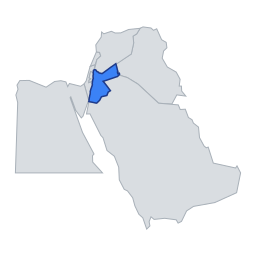 Jordan highlighted, Equal Earth projection
{"feature_id": "JOR", "entity_name": "Jordan", "entity_type": "country or territory", "adm_level": 0, "iso_a3": "JOR", "parent_name": "Asia", "parent_adm1": "", "projection": "equal_earth", "projection_center": [36.712, 31.281], "detail": "fine", "context": "with_neighbors", "style": "filled", "palette": "blue", "viewbox_px": 256, "rotation_deg": 0, "n_neighbors": 7, "source": "natural_earth", "source_scale": "50m", "svg_char_len": 3298}
<svg xmlns="http://www.w3.org/2000/svg" viewBox="0 0 256 256"><path d="M95.2,64.6L93.2,72.8L90.6,71.5L89.1,77.8L90.9,78.8L89.1,80.1L88.8,82.6L92.1,81.3L92.3,85.0L88.6,100.2L84.1,83.9L86.2,80.8L90.1,66.4L95.2,64.6Z" fill="#d9dde1" stroke="#a8b0b8" stroke-width="1"/><path d="M95.2,64.6L90.3,66.3L96.4,51.9L99.6,52.4L100.7,56.0L96.9,59.5L95.2,64.6Z" fill="#d9dde1" stroke="#a8b0b8" stroke-width="1"/><path d="M92.1,81.3L88.8,82.6L89.1,80.1L90.9,78.8L89.1,77.8L90.6,71.5L93.2,72.8L92.1,81.3Z" fill="#d9dde1" stroke="#a8b0b8" stroke-width="1"/><path d="M118.9,75.0L116.0,63.7L131.3,54.0L133.7,42.9L133.0,36.2L136.7,33.9L140.1,28.3L143.0,26.9L151.0,28.0L153.5,30.3L156.7,28.8L161.6,39.7L166.2,42.4L166.9,47.8L163.6,51.0L162.2,58.2L167.3,67.0L176.2,72.1L180.1,79.3L179.2,86.1L181.4,86.1L181.7,91.1L185.8,96.1L176.8,94.9L171.9,104.0L158.6,103.2L138.1,84.2L127.4,77.6L118.9,75.0Z" fill="#d9dde1" stroke="#a8b0b8" stroke-width="1"/><path d="M94.4,69.9L96.9,59.5L100.7,56.0L99.6,52.4L96.4,51.9L95.8,44.9L101.2,37.1L101.6,32.0L103.8,33.8L111.4,31.3L115.1,33.0L120.7,32.9L128.6,29.5L140.1,28.3L136.7,33.9L133.0,36.2L133.7,42.9L131.3,54.0L102.3,73.6L94.4,69.9Z" fill="#d9dde1" stroke="#a8b0b8" stroke-width="1"/><path d="M88.9,101.5L96.8,103.1L101.6,96.7L107.0,95.4L108.2,92.2L110.5,90.6L103.4,81.2L118.9,75.0L127.4,77.6L138.1,84.2L158.6,103.2L178.3,104.9L180.2,109.5L185.3,109.2L188.4,117.5L192.0,119.7L193.4,123.1L198.5,127.1L199.5,137.6L204.0,145.9L206.2,147.8L208.2,147.1L213.3,163.1L235.6,168.0L237.0,165.9L240.6,172.9L236.6,192.7L214.7,202.6L193.5,206.4L186.6,210.9L181.5,221.4L178.1,223.1L176.2,219.8L164.7,218.3L154.1,219.4L151.0,216.8L149.1,221.7L149.9,225.9L146.7,229.1L142.8,217.8L138.9,214.3L134.9,205.9L132.7,197.8L127.5,190.9L124.2,189.3L119.3,179.9L118.7,167.2L114.4,156.3L107.0,150.5L103.0,137.7L100.9,135.5L90.0,113.9L86.5,114.0L88.9,101.5Z" fill="#d9dde1" stroke="#a8b0b8" stroke-width="1"/><path d="M102.5,172.9L15.4,172.9L17.7,102.7L15.9,95.0L18.0,89.2L17.0,85.1L19.8,80.6L29.2,80.4L46.1,87.2L54.6,81.5L60.9,80.7L65.9,81.9L67.7,86.6L69.4,83.5L80.6,86.3L84.1,83.9L88.6,100.2L83.0,116.2L81.3,117.9L75.8,110.5L70.8,96.8L70.1,97.7L82.5,132.4L94.0,154.0L92.5,155.7L92.7,162.1L102.5,172.9Z" fill="#d9dde1" stroke="#a8b0b8" stroke-width="1"/><path d="M94.9,69.7L95.7,69.9L96.1,70.3L96.8,71.5L97.9,71.9L98.4,72.3L99.0,72.9L99.8,73.2L102.1,73.6L104.1,72.2L105.7,71.0L107.5,69.7L108.7,68.8L110.8,67.2L112.2,66.3L114.0,65.0L115.8,63.7L116.4,65.8L116.9,67.8L117.4,69.9L117.9,71.9L117.4,72.1L117.8,73.7L118.5,73.4L119.3,73.2L119.6,74.3L118.6,75.4L117.5,76.5L117.3,76.6L115.9,77.0L113.1,78.0L111.3,78.6L108.9,79.4L106.9,80.1L105.0,80.7L103.1,81.3L104.2,82.6L105.8,84.6L106.8,85.9L108.1,87.6L109.2,89.1L110.4,90.7L109.6,91.2L108.2,92.1L108.1,92.3L108.0,92.5L107.4,94.1L106.9,95.3L106.8,95.5L104.9,95.9L102.9,96.4L101.7,96.7L101.3,97.0L100.5,98.6L99.7,100.2L98.3,101.6L96.8,103.0L96.4,103.1L95.3,102.9L93.4,102.5L91.6,102.1L90.3,101.9L88.8,101.6L89.1,100.3L89.0,99.7L89.4,97.4L89.6,96.4L89.7,95.6L90.2,94.1L90.2,93.6L90.3,91.8L90.2,91.4L90.5,90.5L90.9,89.0L91.4,87.8L91.5,87.3L92.0,86.1L92.4,84.7L92.2,83.9L92.3,82.9L92.5,81.4L92.6,80.7L92.8,79.6L93.3,78.7L93.1,76.7L93.1,75.6L93.4,74.3L93.2,72.8L93.4,70.7L93.5,70.3L93.7,70.2L94.5,69.7L94.9,69.7Z" fill="#3b82f6" stroke="#1e3a8a" stroke-width="1.5"/></svg>